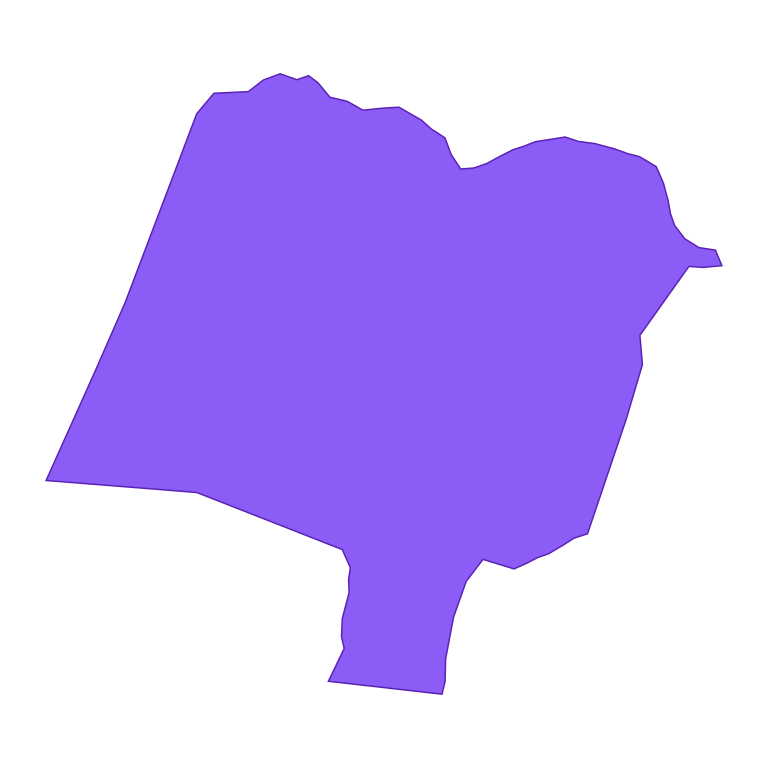 Jericó, Paraíba, Brazil
{"feature_id": "56859067B69960445467494", "entity_name": "Jericó", "entity_type": "district", "adm_level": 2, "iso_a3": "BRA", "parent_name": "Brazil", "parent_adm1": "Paraíba", "projection": "mercator", "projection_center": [-37.799, -6.517], "detail": "fine", "context": "isolated", "style": "filled", "palette": "violet", "viewbox_px": 768, "rotation_deg": 0, "n_neighbors": 0, "source": "geoboundaries", "source_scale": "gbopen_adm2", "svg_char_len": 985}
<svg xmlns="http://www.w3.org/2000/svg" viewBox="0 0 768 768"><path d="M46.1,480.5L196.7,492.5L306.9,535.7L342.3,549.6L350.3,567.7L348.6,579.7L349.1,592.6L342.3,618.5L341.5,636.6L344.2,648.5L328.4,681.3L442.0,694.2L445.1,681.3L445.6,659.0L453.6,617.0L466.2,581.4L483.0,559.4L514.0,568.9L526.6,563.3L537.8,557.5L548.5,553.8L563.3,545.0L573.9,538.2L587.5,533.8L626.3,419.0L642.4,364.6L639.9,335.3L688.9,266.4L702.8,267.4L721.9,265.7L715.4,250.1L698.9,247.6L684.8,238.8L674.6,225.4L670.5,213.7L668.1,200.5L663.5,183.4L656.2,166.6L639.4,156.6L627.6,153.6L614.9,149.0L595.0,143.6L578.3,141.4L565.2,137.0L551.6,139.2L535.4,141.7L524.2,146.1L513.1,149.7L500.4,156.1L486.6,163.6L473.8,168.0L460.7,169.0L451.2,154.6L444.9,137.8L431.3,129.0L421.8,120.4L399.0,107.2L382.3,108.2L362.9,110.2L347.4,101.4L329.9,97.2L318.0,82.8L308.6,75.7L296.9,79.7L280.2,73.8L263.2,80.1L248.4,91.6L213.9,93.3L196.7,113.8L125.2,302.5L95.8,369.7L46.1,480.5Z" fill="#8b5cf6" stroke="#5b21b6" stroke-width="1.5"/></svg>